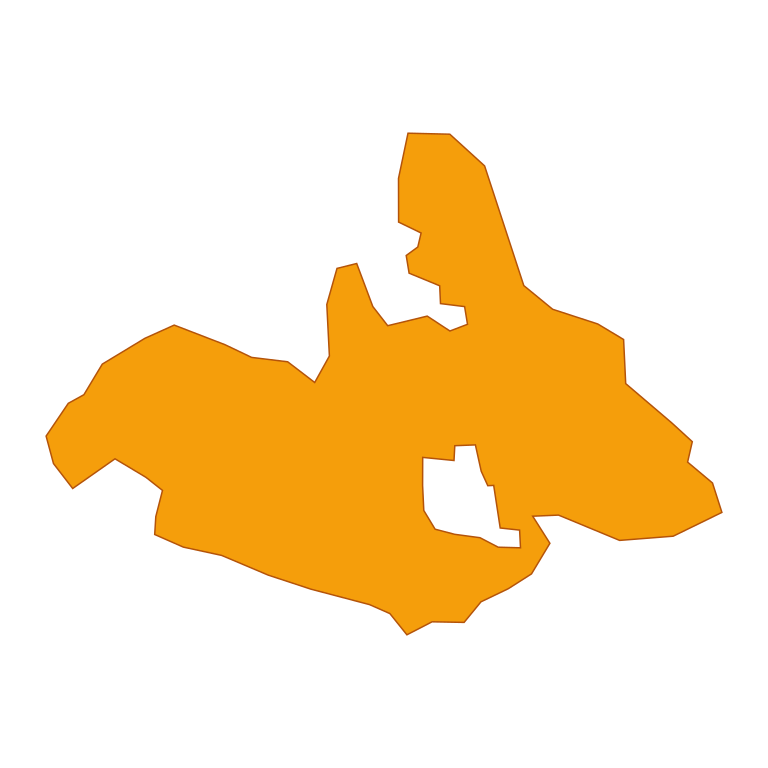 Urgench, Khorezm, Uzbekistan (Equal Earth projection)
{"feature_id": "79887680B5155786713045", "entity_name": "Urgench", "entity_type": "district", "adm_level": 2, "iso_a3": "UZB", "parent_name": "Uzbekistan", "parent_adm1": "Khorezm", "projection": "equal_earth", "projection_center": [60.538, 41.573], "detail": "fine", "context": "isolated", "style": "filled", "palette": "amber", "viewbox_px": 768, "rotation_deg": 0, "n_neighbors": 0, "source": "geoboundaries", "source_scale": "gbopen_adm2", "svg_char_len": 1123}
<svg xmlns="http://www.w3.org/2000/svg" viewBox="0 0 768 768"><path d="M68.3,403.3L46.1,436.1L53.5,463.6L72.7,488.5L115.0,458.8L145.9,477.3L162.5,490.4L155.8,516.6L154.7,534.5L183.3,547.1L221.6,555.4L268.4,575.2L311.0,589.2L369.5,604.6L389.9,613.6L406.9,634.8L432.1,621.8L464.1,622.4L481.0,601.8L508.3,588.7L531.5,573.9L549.9,543.3L532.7,516.2L558.5,515.1L619.6,540.4L673.2,536.2L721.9,512.4L712.5,483.0L687.6,462.1L692.3,441.7L672.0,423.1L625.7,383.6L623.6,339.5L597.8,324.0L552.7,309.3L523.8,285.6L484.6,165.9L449.8,134.2L408.0,133.2L398.5,178.4L398.6,222.1L421.1,233.0L417.8,247.0L406.2,255.5L409.1,273.2L439.7,285.8L440.5,303.6L464.6,306.6L467.5,324.3L449.9,331.0L427.2,316.1L387.7,325.7L372.8,306.5L356.7,263.5L337.0,268.4L326.8,304.5L329.4,356.0L314.7,382.5L287.7,361.8L251.6,357.4L225.0,344.7L174.2,325.1L144.9,338.3L102.3,364.1L83.9,394.7L68.3,403.3ZM475.4,444.9L481.2,471.2L487.8,485.7L493.7,485.4L500.2,528.0L519.6,530.1L520.5,547.8L498.2,547.2L480.0,537.7L454.6,534.3L435.1,529.2L423.8,510.5L422.6,485.5L422.7,457.4L454.0,460.5L454.8,445.7L475.4,444.9Z" fill="#f59e0b" stroke="#b45309" stroke-width="1.5"/></svg>